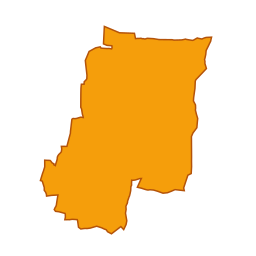 the district of Chumayel, Yucatán, Mexico, rotated 354°
{"feature_id": "50627088B77720764307123", "entity_name": "Chumayel", "entity_type": "district", "adm_level": 2, "iso_a3": "MEX", "parent_name": "Mexico", "parent_adm1": "Yucatán", "projection": "albers", "projection_center": [-89.289, 20.471], "detail": "fine", "context": "isolated", "style": "filled", "palette": "amber", "viewbox_px": 256, "rotation_deg": 354, "n_neighbors": 0, "source": "geoboundaries", "source_scale": "gbopen_adm2", "svg_char_len": 2768}
<svg xmlns="http://www.w3.org/2000/svg" viewBox="0 0 256 256"><g transform="rotate(354 128 128)"><path d="M211.3,67.9L211.9,66.4L213.0,63.1L213.8,59.1L216.9,54.2L217.6,53.0L219.3,50.3L219.9,48.3L220.6,46.4L217.2,46.2L215.1,46.1L213.0,46.5L210.8,47.2L206.9,46.0L206.3,45.7L202.2,47.5L201.2,47.6L195.3,46.0L194.6,45.6L192.0,45.9L190.5,46.0L182.9,45.4L181.1,44.8L168.1,43.3L162.6,41.8L156.5,40.8L154.2,41.3L152.4,40.7L151.5,40.7L150.3,40.1L148.8,40.1L146.5,39.9L144.8,39.9L144.3,34.5L137.2,33.5L129.4,32.4L115.1,24.5L112.4,41.8L115.7,43.6L120.5,44.5L120.6,46.0L120.2,47.3L120.0,47.6L117.4,46.9L115.5,46.8L109.6,45.8L108.9,44.4L104.2,44.9L97.3,47.8L92.6,56.4L92.6,59.9L92.7,71.2L92.2,74.7L91.4,75.7L89.3,77.4L88.9,79.8L86.2,79.6L85.7,81.9L85.6,82.3L85.3,84.1L84.6,89.8L83.2,102.5L83.8,104.2L84.1,109.6L84.5,111.6L84.6,112.9L83.1,112.5L82.0,112.3L77.9,113.1L77.3,113.1L76.6,113.2L75.3,113.0L74.4,112.8L73.4,113.2L73.0,113.8L72.9,114.4L70.5,125.1L70.1,127.5L69.9,127.9L65.3,139.9L59.8,139.3L59.9,142.0L59.2,144.7L58.5,145.4L57.6,146.2L56.4,147.1L55.4,148.3L54.8,149.3L54.5,150.4L54.4,151.6L54.2,151.7L54.0,152.5L52.3,156.4L51.8,157.8L50.3,156.7L50.6,155.9L48.8,154.7L48.7,154.5L48.7,154.4L47.5,152.5L47.1,152.1L43.0,151.5L42.9,151.5L42.7,151.4L41.8,151.3L41.2,157.2L41.1,158.0L39.4,162.0L38.3,164.2L36.3,168.9L35.4,171.1L36.4,171.5L37.2,172.0L38.5,178.5L38.2,181.3L39.2,182.9L39.9,185.1L39.9,186.4L39.9,187.2L44.9,187.0L51.3,187.3L49.0,195.8L48.8,196.8L48.4,197.7L48.0,198.7L47.4,199.2L46.1,201.4L47.2,203.3L50.6,204.1L56.5,206.4L56.6,207.5L56.4,210.1L55.6,212.6L58.7,212.9L60.5,213.1L61.6,213.0L63.1,213.0L65.0,213.3L67.9,213.8L68.2,215.2L68.4,221.5L70.5,223.5L73.1,223.4L74.7,223.4L76.9,223.7L79.7,223.6L80.0,223.6L86.6,222.4L91.4,224.5L93.5,225.8L94.2,226.2L94.7,226.4L95.8,227.0L96.8,229.0L100.5,231.5L110.6,225.3L113.1,228.6L116.0,223.8L117.1,220.2L116.6,212.4L117.6,208.8L117.7,206.8L117.7,205.8L118.7,203.8L119.1,203.4L119.3,203.1L119.4,202.6L119.7,202.1L119.9,200.9L120.3,199.9L121.5,197.4L121.6,197.0L122.4,195.7L123.3,193.2L124.1,190.7L124.8,186.4L125.4,185.7L125.7,184.8L125.6,184.4L126.2,180.3L127.2,180.5L129.5,180.5L131.2,180.2L132.6,179.9L134.5,179.5L136.0,179.6L135.3,180.7L134.3,182.4L133.1,184.5L131.1,187.9L133.1,188.6L135.1,189.3L138.0,190.6L140.0,191.4L141.4,191.8L143.4,191.7L147.0,192.4L150.8,194.0L156.0,196.5L157.6,196.5L160.5,196.5L164.2,195.5L168.3,194.2L177.4,196.2L177.1,193.4L180.2,186.5L182.6,181.2L186.1,179.9L187.2,173.1L187.6,168.7L187.7,167.6L188.2,163.3L190.2,143.1L192.1,139.7L196.5,134.9L198.3,125.8L197.5,121.6L196.9,117.2L197.3,115.5L197.5,112.7L197.5,112.0L195.9,108.0L196.5,104.5L198.7,95.7L199.8,88.5L200.5,87.1L212.2,77.1L211.5,73.2L211.2,71.8L211.5,70.0L211.3,67.9Z" fill="#f59e0b" stroke="#b45309" stroke-width="1.5"/></g></svg>